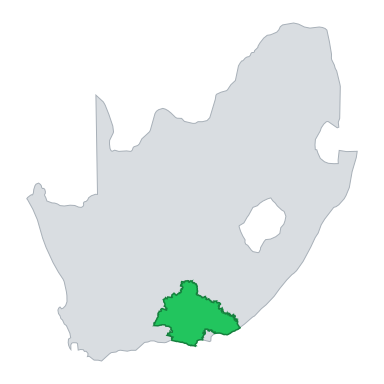 location of Cacadu, Eastern Cape, South Africa
{"feature_id": "47623444B84929106525656", "entity_name": "Cacadu", "entity_type": "district", "adm_level": 2, "iso_a3": "ZAF", "parent_name": "South Africa", "parent_adm1": "Eastern Cape", "projection": "equal_earth", "projection_center": [25.475, -32.951], "detail": "fine", "context": "in_parent", "style": "filled", "palette": "green", "viewbox_px": 384, "rotation_deg": 0, "n_neighbors": 0, "source": "geoboundaries", "source_scale": "gbopen_adm2", "svg_char_len": 9473}
<svg xmlns="http://www.w3.org/2000/svg" viewBox="0 0 384 384"><path d="M282.7,24.9L293.6,23.0L298.5,24.1L304.4,27.0L309.9,28.1L319.3,27.0L322.5,27.5L325.1,28.5L326.9,30.1L329.4,41.7L331.5,54.2L331.4,58.2L331.7,59.7L334.3,65.0L335.2,68.3L336.7,71.0L339.9,84.2L340.3,86.5L339.7,118.4L338.3,122.2L338.8,127.2L337.2,127.8L328.1,121.5L326.4,121.7L323.8,124.1L321.3,127.8L320.2,131.0L315.4,139.5L315.0,144.9L315.3,149.6L316.8,149.8L317.9,153.1L320.3,158.4L324.5,161.8L328.4,163.3L333.9,163.7L338.3,163.6L338.1,160.1L339.2,150.4L346.5,151.6L357.2,151.3L356.3,157.5L352.1,171.7L349.3,187.6L346.0,195.6L344.1,198.9L338.8,204.8L336.0,206.7L333.7,207.4L324.7,219.1L321.2,224.8L318.2,233.0L315.2,237.6L310.7,247.2L303.1,261.4L296.6,270.6L293.8,273.3L291.9,274.6L286.8,279.9L279.7,288.6L274.2,296.2L266.1,304.8L261.5,308.6L254.5,316.0L252.5,317.1L244.6,324.0L239.0,328.2L229.9,333.1L226.3,334.4L217.7,333.2L214.1,333.8L211.1,336.7L210.8,340.9L209.6,341.6L201.7,339.6L198.4,340.0L196.5,342.2L195.0,345.0L190.5,345.2L182.4,342.2L172.9,340.5L170.7,340.3L166.2,342.4L164.6,342.7L157.9,342.3L154.1,340.9L150.6,340.9L147.9,342.0L144.6,342.4L135.8,350.3L131.2,350.3L127.3,351.2L120.2,350.2L118.1,350.7L116.1,352.0L111.3,352.6L109.5,353.8L101.6,361.0L98.2,360.2L94.1,360.1L89.2,356.3L87.4,356.6L87.9,355.4L88.0,353.4L86.2,351.3L84.4,351.4L83.3,349.7L80.5,349.5L78.2,350.1L77.5,343.5L76.4,342.8L73.5,342.7L72.2,342.9L71.5,343.5L70.8,345.0L70.9,349.6L69.9,348.3L68.7,345.5L68.2,342.6L68.5,339.1L70.7,337.7L69.9,333.3L66.4,325.6L64.3,324.0L62.5,320.0L60.9,318.6L60.1,315.9L58.5,313.6L57.9,310.1L58.7,308.1L60.0,307.0L61.5,308.8L63.2,308.1L65.6,305.6L67.0,301.7L66.9,295.5L66.4,291.7L64.2,281.7L63.2,279.4L58.5,272.3L53.1,262.7L46.1,247.5L42.7,238.3L37.4,219.8L32.9,209.3L27.5,199.5L26.8,198.8L27.5,197.6L30.3,195.4L31.5,194.7L32.2,195.0L32.8,194.4L33.4,192.9L33.8,189.4L35.0,185.7L36.1,184.1L38.6,183.1L40.5,184.5L41.3,185.8L41.7,187.6L42.5,188.5L43.8,188.4L44.8,189.5L45.4,191.7L45.3,193.4L44.6,194.4L44.7,195.7L45.7,197.4L46.9,201.0L52.0,202.9L54.8,203.1L57.5,204.0L60.1,205.6L64.3,206.0L70.1,205.2L74.8,205.5L78.6,207.1L81.3,207.4L83.0,206.4L83.7,205.0L83.4,203.1L84.2,201.9L86.1,201.4L87.6,200.0L88.7,197.7L91.3,195.8L95.4,194.3L97.5,194.4L95.9,95.1L103.4,102.0L105.2,105.2L108.9,114.5L112.8,126.1L113.5,131.6L113.3,132.8L109.6,140.4L109.5,144.1L110.0,148.4L111.0,150.6L112.1,151.3L114.7,150.2L118.8,151.4L126.5,150.9L130.4,151.4L131.3,151.1L132.2,150.2L133.2,147.5L134.1,146.7L137.7,145.5L139.3,144.0L141.8,138.9L149.4,131.9L150.3,130.3L155.0,113.6L156.4,111.3L158.6,109.7L162.8,108.4L165.3,109.1L168.0,110.6L171.0,113.0L175.6,117.5L177.1,118.2L181.6,118.4L184.4,121.4L192.9,123.4L195.4,123.3L198.0,121.7L202.3,121.7L207.0,120.6L209.8,117.7L215.3,99.4L215.9,95.4L216.5,94.3L221.0,92.2L226.4,90.7L227.5,89.8L230.9,84.7L235.4,80.5L238.5,65.8L240.5,62.4L241.8,60.9L242.6,60.9L243.7,59.9L245.2,58.1L247.0,57.0L249.0,56.6L250.3,55.4L251.0,53.4L252.0,52.5L253.5,52.5L254.4,51.9L254.6,50.6L257.9,47.4L258.0,46.2L259.9,43.0L263.7,38.1L267.2,35.3L270.5,34.8L276.7,32.2L278.8,29.9L280.3,26.7L282.7,24.9ZM270.5,239.1L275.8,236.7L279.8,233.5L280.8,227.7L283.8,224.2L285.0,220.8L285.9,216.2L284.1,211.4L281.7,210.0L277.3,205.9L275.3,203.1L272.7,200.7L270.8,197.9L267.7,198.8L262.9,201.1L259.9,203.2L257.4,205.7L252.9,207.4L248.6,215.3L247.2,217.1L243.9,222.9L239.2,225.7L239.1,226.7L240.6,231.4L242.8,236.1L245.1,239.9L244.9,242.2L245.7,244.1L247.7,245.3L251.2,250.0L252.9,251.6L258.1,252.7L258.9,252.4L260.4,249.6L260.6,247.6L264.1,241.5L265.7,239.6L270.5,239.1Z" fill="#d9dde1" stroke="#a8b0b8" stroke-width="1"/><path d="M216.7,301.0L214.7,301.3L214.0,301.0L213.7,302.6L212.0,302.2L211.9,301.6L211.2,301.8L211.0,301.0L210.5,300.4L210.2,300.3L209.9,300.5L209.6,300.5L208.8,298.8L208.4,298.9L208.0,299.3L206.6,299.6L206.1,299.3L206.5,298.3L206.3,298.3L205.8,297.6L205.4,297.4L205.4,296.5L204.4,296.7L203.8,297.5L202.9,297.4L202.5,297.6L202.5,297.3L201.9,297.0L201.6,297.1L200.8,296.1L199.8,295.6L199.4,295.8L199.2,295.5L198.8,295.4L198.6,295.2L198.3,295.0L197.9,295.3L197.3,294.8L196.8,294.8L196.4,294.3L196.5,293.4L196.6,293.0L196.8,292.9L197.1,293.0L197.0,292.6L197.4,292.2L197.3,291.7L197.6,291.3L197.4,290.3L197.2,290.4L197.1,289.9L197.3,288.7L197.2,287.9L196.8,287.0L197.2,286.6L196.9,285.6L196.7,285.4L196.8,285.3L196.6,284.9L196.4,285.0L196.2,284.1L195.8,284.3L195.4,284.1L195.3,283.7L194.3,282.8L193.6,283.4L193.8,283.0L193.4,283.0L193.4,282.7L193.1,282.7L193.0,282.9L192.3,282.3L192.4,281.8L191.2,281.3L191.5,281.0L191.1,281.1L190.9,280.9L191.2,280.3L190.8,280.8L190.7,281.3L189.9,281.4L189.9,281.6L189.4,282.2L188.6,282.0L188.5,280.8L187.2,280.9L186.7,280.3L186.9,280.9L185.2,281.0L184.9,281.2L184.7,281.9L184.1,282.3L183.8,282.1L183.8,282.3L183.0,281.8L181.7,281.6L181.4,282.4L181.6,283.2L182.1,283.6L181.6,283.8L181.6,284.7L181.0,284.5L180.6,285.5L180.6,286.0L181.3,286.0L181.4,285.8L181.8,285.9L182.4,286.5L182.2,286.7L182.9,287.3L182.2,288.4L182.4,288.6L182.3,288.8L182.0,288.8L182.0,289.0L181.3,288.8L181.1,289.6L181.3,289.8L181.2,290.1L181.0,289.9L180.8,290.1L180.8,290.3L180.6,290.3L180.5,291.4L180.7,290.7L181.2,291.0L181.2,291.7L180.6,292.4L180.8,292.4L180.5,292.8L179.3,292.6L179.4,293.2L179.2,293.6L178.3,293.6L177.8,293.9L177.3,294.6L177.0,294.6L176.5,295.2L175.6,294.8L174.6,293.6L174.0,293.2L173.6,293.7L172.8,294.2L172.5,294.6L172.1,294.7L171.7,296.3L172.3,297.1L172.0,297.5L167.7,297.0L167.0,298.7L165.8,298.0L165.5,297.7L165.0,298.9L164.6,299.1L164.3,299.0L163.3,299.6L163.8,300.7L163.8,301.9L164.6,302.9L165.0,304.5L164.9,305.5L164.3,306.1L165.5,306.9L165.9,307.6L165.9,308.5L166.8,308.5L166.5,310.1L165.0,309.7L163.9,309.1L163.0,309.0L162.7,308.6L161.9,308.6L160.8,309.4L161.3,310.9L161.0,311.3L159.2,311.3L159.1,312.0L158.0,313.3L158.5,314.5L157.8,315.0L158.2,315.8L158.2,316.6L157.0,318.3L156.7,319.5L156.0,320.4L155.0,322.7L154.7,322.7L154.7,323.1L154.0,323.1L154.0,324.9L154.9,325.5L154.7,325.6L157.9,325.8L160.5,325.1L161.4,325.1L161.8,324.7L165.0,324.8L166.3,326.7L166.1,326.1L168.3,326.3L168.9,326.2L169.2,326.7L171.0,327.6L170.9,329.6L171.3,329.5L171.3,330.0L172.4,330.9L172.3,332.2L170.7,332.2L170.1,331.6L170.1,332.2L169.8,332.4L169.8,332.9L168.5,333.3L167.8,333.3L167.7,334.5L167.0,335.3L168.8,335.7L168.8,335.2L169.4,335.0L170.2,335.3L170.3,336.2L171.2,336.3L171.4,336.6L173.0,337.1L172.6,337.6L171.9,337.9L172.1,338.2L171.7,338.4L171.9,338.8L171.7,339.0L171.7,339.4L171.9,339.7L171.9,340.4L174.0,340.8L175.8,341.3L176.7,341.5L176.9,341.3L181.2,342.3L181.4,342.2L182.5,342.4L182.6,342.2L183.1,342.5L184.9,343.3L186.3,343.3L188.4,345.0L189.8,345.2L190.7,345.6L190.7,345.4L190.9,345.2L191.5,345.1L192.8,345.7L193.2,345.5L193.9,345.8L194.4,345.8L195.2,346.2L195.3,345.8L195.9,345.7L195.1,345.0L195.3,344.3L196.9,342.7L197.1,341.5L197.0,341.0L197.2,340.7L198.4,340.1L199.9,339.7L201.4,339.7L202.7,339.9L202.8,339.4L202.7,339.1L202.4,338.6L202.2,338.7L202.5,337.6L203.5,337.7L202.6,337.4L203.2,337.1L202.8,336.7L203.5,335.5L203.7,334.8L204.2,334.7L204.3,334.5L203.9,334.2L204.3,333.5L203.3,332.6L203.1,332.7L203.2,332.4L203.7,332.6L203.6,332.8L204.2,333.0L204.3,333.2L204.1,333.2L204.8,333.5L204.9,333.1L205.2,333.3L205.2,332.9L204.8,332.6L205.2,332.1L204.4,331.2L204.9,331.2L205.0,331.0L204.6,330.8L205.1,329.1L206.3,329.3L206.9,329.0L208.3,329.5L208.0,330.6L209.2,331.0L209.3,330.2L210.7,330.0L210.6,330.5L211.4,330.6L211.6,331.0L211.7,330.9L211.7,330.7L211.6,330.4L211.8,330.3L212.1,331.0L212.2,330.8L212.7,331.0L212.8,331.7L213.6,332.7L213.8,332.7L213.8,332.4L215.0,332.0L215.3,332.8L215.0,333.4L217.1,333.1L219.4,333.0L221.6,333.5L223.7,334.5L224.2,334.6L225.3,334.4L227.1,334.8L228.8,334.1L229.5,333.5L230.1,333.4L230.6,332.9L231.5,332.4L231.7,332.1L232.4,331.6L234.9,330.9L236.3,329.8L237.6,329.5L237.8,329.3L238.3,329.1L238.3,328.9L238.6,328.6L239.7,328.3L240.1,327.8L240.1,327.5L239.0,326.8L238.9,326.2L238.6,326.0L238.4,325.4L237.9,324.9L237.6,324.2L237.2,323.8L237.2,323.6L237.5,323.1L237.6,322.3L237.3,321.7L236.9,321.5L237.2,321.3L237.6,321.5L237.7,321.2L237.3,320.7L236.7,320.8L237.1,320.4L236.7,319.6L236.6,319.3L236.8,319.2L236.1,319.0L236.0,319.6L235.7,319.9L235.5,319.7L235.6,319.4L235.4,319.2L235.5,319.1L235.2,319.1L235.2,319.6L235.0,319.9L234.5,320.0L234.4,319.7L234.7,319.7L234.9,319.4L234.4,319.2L234.4,318.7L234.0,318.0L234.3,317.8L234.5,318.1L234.7,317.9L234.8,317.3L235.2,316.6L235.1,316.1L235.0,315.8L234.8,315.9L234.7,316.6L234.4,316.8L234.2,316.4L234.1,315.7L233.9,315.6L233.4,316.8L233.2,317.0L233.1,316.7L233.6,315.9L233.7,314.7L233.6,314.4L233.3,314.5L233.3,315.3L233.2,315.6L232.7,315.4L232.4,316.1L232.1,316.0L232.0,315.7L231.5,316.1L231.0,315.4L230.7,315.9L230.4,315.9L230.5,315.5L230.3,315.2L230.3,314.8L230.2,314.6L229.4,315.1L229.4,314.9L229.6,314.4L229.5,313.6L229.3,313.7L229.2,314.4L228.6,314.1L228.2,314.4L228.2,313.6L228.0,313.1L227.7,313.3L227.7,314.0L227.2,313.9L227.1,313.4L227.0,313.7L226.9,313.7L226.6,313.2L225.6,313.9L225.1,313.7L225.0,312.9L223.3,313.0L223.5,312.0L223.3,311.5L223.1,311.5L223.1,311.8L222.6,311.3L222.3,311.5L222.4,310.9L222.1,311.1L221.9,310.7L221.7,311.2L221.6,310.9L221.5,310.6L221.4,310.9L221.2,310.6L221.7,309.7L222.8,309.8L222.7,309.2L222.0,308.6L222.0,308.1L221.5,308.5L220.1,308.6L219.8,308.5L219.3,309.1L218.9,308.9L218.6,308.5L219.2,306.4L218.5,306.0L218.9,305.6L218.9,305.1L219.4,305.2L220.5,304.1L220.4,303.7L219.8,303.3L219.8,303.1L219.6,302.8L218.5,302.6L218.5,302.8L217.5,302.8L217.2,302.9L216.8,302.6L216.6,301.4L216.7,301.0Z" fill="#22c55e" stroke="#15803d" stroke-width="1.5"/></svg>